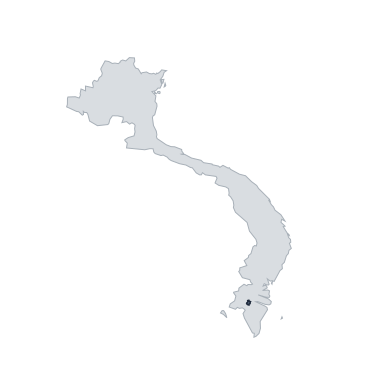 location of Co Do, Can Tho, Vietnam, rotated 330°
{"feature_id": "81297802B1021983329449", "entity_name": "Co Do", "entity_type": "district", "adm_level": 2, "iso_a3": "VNM", "parent_name": "Vietnam", "parent_adm1": "Can Tho", "projection": "natural_earth1", "projection_center": [105.49, 10.13], "detail": "fine", "context": "in_parent", "style": "filled", "palette": "slate", "viewbox_px": 384, "rotation_deg": 330, "n_neighbors": 0, "source": "geoboundaries", "source_scale": "gbopen_adm2", "svg_char_len": 4493}
<svg xmlns="http://www.w3.org/2000/svg" viewBox="0 0 384 384"><g transform="rotate(330 192 192)"><path d="M230.6,74.2L227.7,74.4L224.6,77.2L220.5,79.0L219.6,83.8L216.2,86.1L214.6,85.0L211.2,86.1L207.5,85.0L208.8,90.7L205.2,95.1L205.6,98.0L204.6,100.2L198.3,106.5L196.4,106.6L195.0,107.6L191.9,115.1L191.5,121.4L190.2,124.9L188.8,126.4L188.5,128.3L193.3,138.2L196.5,142.2L199.6,144.2L204.3,150.0L203.6,151.6L204.0,154.9L201.7,153.9L202.0,154.3L204.7,156.1L208.6,162.4L215.6,169.0L216.7,172.4L223.4,177.8L223.2,178.5L228.0,182.9L228.5,184.6L232.1,184.4L235.3,189.5L236.4,189.5L236.7,191.7L242.0,200.3L246.5,204.7L248.7,212.7L251.3,218.7L251.4,222.2L255.4,237.0L255.1,239.0L254.3,237.1L254.4,242.7L255.1,245.6L254.8,249.3L257.6,256.1L258.0,263.7L256.0,260.5L253.9,262.7L255.5,268.1L253.7,267.6L253.9,274.9L254.7,277.4L254.5,278.4L253.6,276.5L252.9,279.9L253.6,282.3L252.4,284.9L250.7,285.1L249.8,290.5L246.8,291.0L244.6,293.5L241.9,294.4L236.8,299.1L233.6,299.9L231.9,303.6L229.0,304.0L218.4,310.5L217.2,308.9L215.2,308.3L213.8,304.9L212.7,310.4L211.9,310.8L210.2,309.7L208.7,307.5L206.5,309.0L208.9,309.5L209.6,310.9L209.2,312.6L203.9,312.6L208.7,314.8L209.7,316.4L207.4,319.1L207.4,321.0L206.3,321.9L203.6,320.2L197.9,314.2L204.7,322.7L205.9,326.5L204.3,328.3L202.3,328.3L199.1,325.8L194.1,319.7L192.3,318.9L198.3,327.5L199.2,329.5L198.5,331.7L186.3,338.2L183.1,344.3L179.3,348.0L175.2,349.0L173.0,348.7L175.3,345.5L173.9,344.3L174.4,327.3L175.4,322.8L178.9,321.0L178.9,320.1L177.7,317.5L174.9,316.5L173.6,314.6L171.0,315.3L166.7,310.2L169.2,308.0L174.5,307.6L178.0,304.0L177.6,300.1L178.0,299.6L182.9,301.0L184.6,298.7L190.9,297.9L192.7,300.6L194.3,300.1L197.2,302.0L198.4,302.0L197.8,299.3L198.3,296.9L192.8,291.4L192.7,284.2L194.1,283.8L195.5,281.6L202.7,283.1L202.9,277.5L208.1,276.9L209.3,275.3L212.3,274.8L217.4,270.0L219.6,269.7L220.7,270.9L222.8,268.7L223.7,265.0L222.2,254.6L224.5,245.9L219.5,231.3L220.1,226.1L221.6,224.4L223.2,220.2L223.0,215.4L222.2,213.1L223.6,211.5L225.3,207.3L223.7,204.4L218.5,199.6L216.5,195.7L220.6,192.5L220.6,190.5L212.2,183.9L210.7,180.5L208.7,181.8L207.2,181.0L205.2,177.6L204.4,171.2L203.0,170.1L200.2,165.6L195.4,161.3L189.8,154.5L188.6,152.4L187.9,149.3L185.5,145.6L183.3,144.9L179.3,140.3L178.9,138.3L179.9,135.1L177.2,133.4L172.2,131.8L157.3,121.1L160.4,117.3L159.6,113.9L159.9,113.2L164.0,113.0L169.9,114.4L172.7,111.5L174.0,108.4L176.0,105.9L176.0,104.6L174.6,102.0L171.9,102.0L170.5,98.3L166.0,96.9L168.9,94.5L169.8,92.6L165.6,88.8L161.2,86.2L157.3,88.0L154.2,91.1L152.8,91.5L143.3,87.3L138.8,79.4L140.6,72.9L140.6,70.5L138.7,69.4L138.2,67.8L136.8,70.6L135.4,70.6L134.0,65.8L132.4,64.6L126.0,55.6L127.9,53.8L131.0,48.6L132.1,47.7L138.6,51.2L141.3,54.2L144.0,52.2L144.1,51.1L147.4,47.3L150.4,51.2L152.7,47.0L158.4,52.2L159.3,51.2L160.4,47.7L162.0,46.7L163.3,46.5L164.8,48.5L166.1,48.7L168.9,46.6L171.8,46.2L173.7,44.3L174.3,40.3L174.9,39.5L182.3,35.0L185.2,37.4L187.2,40.8L189.7,41.8L192.4,44.0L194.6,43.7L195.2,42.9L197.9,43.0L200.2,45.4L204.9,44.3L209.2,47.1L207.8,50.1L205.7,51.5L205.1,53.0L205.1,56.4L207.0,58.6L207.1,64.2L208.3,63.7L212.6,65.3L214.3,68.1L216.4,69.7L218.0,69.9L219.5,72.0L220.9,71.3L221.6,72.3L224.7,71.9L226.8,71.1L230.6,74.2ZM160.1,310.6L160.3,314.1L159.3,318.3L158.1,313.8L156.2,311.0L158.7,309.8L160.1,310.6ZM224.0,80.4L221.4,83.1L220.4,83.0L221.7,79.3L224.0,80.4ZM213.8,90.4L213.0,90.5L211.6,88.8L212.4,87.9L214.0,88.5L214.4,89.3L213.8,90.4ZM222.6,86.6L221.6,87.1L220.4,87.1L223.1,84.3L222.6,86.6ZM209.5,86.6L210.6,89.4L209.1,87.9L209.5,86.6ZM217.2,309.4L215.2,311.8L215.1,310.7L217.2,309.4ZM207.3,346.5L205.8,346.5L207.5,345.1L207.3,346.5Z" fill="#d9dde1" stroke="#a8b0b8" stroke-width="1"/><path d="M187.3,315.7L187.2,315.5L187.0,315.4L187.0,315.2L187.1,314.9L187.1,314.7L187.1,314.4L187.1,314.2L186.9,314.2L186.7,314.2L186.7,314.3L186.7,314.2L186.4,314.0L186.3,313.9L186.1,313.9L186.1,314.0L186.0,314.3L185.9,314.3L185.9,314.5L186.0,314.5L185.9,314.6L185.8,314.8L185.7,314.8L185.5,315.0L185.4,315.0L185.2,315.0L184.9,315.3L184.8,315.5L184.7,315.4L184.3,315.4L184.3,315.5L184.2,315.5L183.8,315.6L183.7,315.7L183.7,315.8L183.5,316.0L183.6,316.7L183.7,317.0L183.8,317.3L184.1,317.6L184.2,317.8L184.4,317.9L184.5,318.0L184.8,318.4L185.0,318.2L185.2,317.9L185.3,317.7L185.6,317.6L185.9,317.6L186.1,317.5L186.0,317.8L186.2,317.6L186.5,317.7L186.7,317.4L186.7,317.2L186.8,317.0L187.0,316.9L187.4,316.5L187.6,316.3L187.8,316.2L187.6,316.0L187.5,315.8L187.3,315.7Z" fill="#64748b" stroke="#1e293b" stroke-width="1.5"/></g></svg>